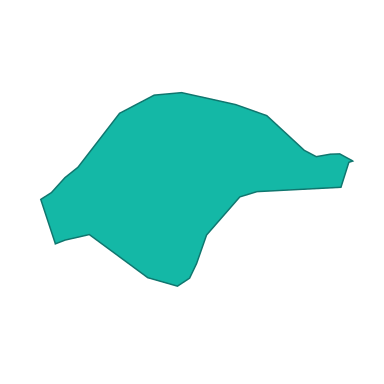 outline of Kep, rotated 311°
{"feature_id": "KHM-1798", "entity_name": "Kep", "entity_type": "Province", "adm_level": 1, "iso_a3": "KHM", "parent_name": "Cambodia", "parent_adm1": "", "projection": "orthographic", "projection_center": [104.354, 10.511], "detail": "fine", "context": "isolated", "style": "filled", "palette": "teal", "viewbox_px": 384, "rotation_deg": 311, "n_neighbors": 0, "source": "natural_earth", "source_scale": "10m", "svg_char_len": 506}
<svg xmlns="http://www.w3.org/2000/svg" viewBox="0 0 384 384"><g transform="rotate(311 192 192)"><path d="M320.8,293.0L317.3,290.9L293.3,301.3L234.9,240.8L219.7,231.3L169.1,231.2L141.0,242.4L125.4,246.7L111.4,242.8L98.3,214.8L92.5,142.4L72.5,127.8L63.2,122.9L63.5,122.5L87.2,82.7L99.3,86.3L119.6,86.7L135.8,89.7L203.9,85.7L240.3,99.9L260.2,119.0L286.6,167.6L298.7,198.4L297.1,249.5L300.2,262.6L311.3,271.6L317.7,278.5L320.8,292.7L320.8,293.0Z" fill="#14b8a6" stroke="#0f766e" stroke-width="1.5"/></g></svg>